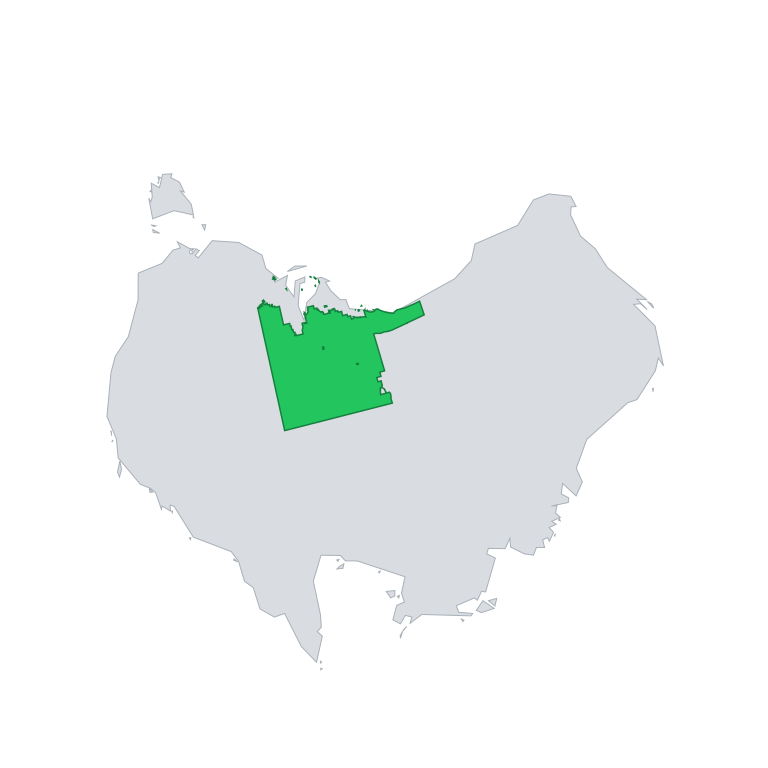 Unincorporated SA, South Australia, Australia (highlighted), rotated 165°
{"feature_id": "25037944B19571193858150", "entity_name": "Unincorporated SA", "entity_type": "district", "adm_level": 2, "iso_a3": "AUS", "parent_name": "Australia", "parent_adm1": "South Australia", "projection": "orthographic", "projection_center": [135.729, -30.866], "detail": "fine", "context": "in_parent", "style": "filled", "palette": "green", "viewbox_px": 768, "rotation_deg": 165, "n_neighbors": 0, "source": "geoboundaries", "source_scale": "gbopen_adm2", "svg_char_len": 9487}
<svg xmlns="http://www.w3.org/2000/svg" viewBox="0 0 768 768"><g transform="rotate(165 384 384)"><path d="M531.8,151.8L539.4,188.1L550.2,187.2L562.0,198.9L563.0,221.2L569.8,229.5L570.4,250.4L574.9,261.6L607.8,285.4L618.4,320.2L622.0,322.4L623.2,316.6L630.0,323.6L631.4,320.7L632.7,338.0L636.5,343.6L645.3,350.2L659.9,381.5L656.7,400.4L660.0,424.4L644.7,465.8L636.3,480.4L618.7,495.9L599.8,528.9L592.7,554.7L566.9,558.0L553.2,567.9L545.4,568.2L546.8,574.8L535.8,564.3L537.8,562.3L537.3,559.9L535.1,559.6L530.6,563.3L527.9,560.6L533.2,557.1L530.7,553.9L512.9,566.9L487.7,558.3L468.4,540.0L468.3,526.4L459.1,513.7L463.2,514.3L463.2,510.6L449.1,513.9L453.5,504.9L448.4,491.4L443.0,506.5L432.6,507.9L434.3,502.8L439.2,502.8L446.6,482.1L444.9,466.3L437.5,482.7L426.9,488.9L419.9,498.7L420.9,503.7L416.7,503.1L410.0,497.6L414.2,497.5L411.2,487.8L404.5,476.8L399.0,475.4L398.0,465.8L356.5,450.4L288.3,467.4L267.7,480.7L259.9,495.7L213.9,502.6L192.1,523.1L175.5,524.9L155.0,517.0L152.5,505.7L157.4,506.7L160.0,499.1L155.9,476.0L144.9,460.0L138.1,438.6L108.6,397.5L117.9,400.6L110.5,387.8L115.5,395.2L122.3,396.3L107.2,370.0L109.4,329.2L112.3,338.1L118.5,326.5L143.7,303.5L153.5,302.8L202.5,278.0L220.1,252.7L217.8,238.1L227.4,226.2L237.2,241.7L241.2,232.0L235.1,226.2L236.6,221.9L253.9,222.8L248.4,221.8L251.7,215.0L248.2,209.6L257.5,207.9L253.9,204.0L261.6,202.6L258.6,196.8L265.0,189.3L265.7,193.3L271.1,192.3L271.2,184.5L279.1,186.6L283.9,180.0L292.4,183.6L303.9,193.7L302.3,202.5L309.6,193.6L325.7,198.2L328.8,193.3L321.5,187.1L339.7,156.8L343.4,158.6L349.8,151.0L352.1,154.0L371.6,151.1L370.9,144.1L357.7,139.4L359.9,137.5L407.1,151.6L420.8,146.1L417.4,151.8L423.2,154.9L430.2,148.1L436.5,153.9L429.0,166.9L420.8,168.1L421.2,177.5L413.6,192.4L455.6,220.0L467.0,223.1L470.5,229.7L489.2,234.9L503.3,211.9L505.1,177.7L507.6,165.1L512.5,162.3L508.9,156.3L521.2,132.7L531.8,151.8ZM524.3,596.6L542.1,605.8L564.7,603.4L563.1,624.3L562.2,620.4L559.4,624.6L556.9,638.2L550.0,631.8L543.6,643.8L534.4,641.9L536.7,638.6L529.3,631.9L527.3,621.0L530.7,623.2L523.7,607.7L524.3,596.6ZM335.7,138.7L349.2,138.0L353.4,141.5L344.5,149.1L335.7,138.7ZM428.1,518.0L448.2,517.7L439.6,521.0L428.1,518.0ZM432.8,175.6L435.5,183.0L427.0,181.7L428.4,176.5L432.8,175.6ZM659.1,378.0L659.7,369.3L663.6,362.6L664.2,368.0L659.1,378.0ZM561.6,587.7L567.6,590.1L567.4,593.0L561.6,587.7ZM334.3,140.9L339.2,147.7L330.6,147.7L334.3,140.9ZM518.6,585.0L515.0,584.0L517.4,579.1L518.6,585.0ZM477.4,217.5L473.4,219.6L469.3,220.7L471.4,216.6L477.4,217.5ZM108.2,395.5L104.7,392.0L103.8,388.1L104.2,387.9L108.2,395.5ZM565.6,595.7L567.8,598.0L563.4,595.8L565.6,595.7ZM635.3,339.5L638.1,339.9L637.7,343.7L635.3,339.5ZM571.4,250.1L574.8,252.7L574.1,254.0L571.4,250.1ZM548.8,639.2L548.6,642.6L546.5,641.3L548.8,639.2ZM660.4,404.4L660.0,409.2L659.7,409.0L660.4,404.4ZM370.1,137.0L367.9,135.1L369.3,134.1L370.1,137.0ZM433.4,136.8L430.0,140.4L434.0,134.1L433.4,136.8ZM661.7,398.8L660.1,400.1L661.2,398.6L661.7,398.8ZM438.0,203.7L436.1,204.4L437.1,202.6L438.0,203.7ZM426.1,175.4L423.8,175.8L425.2,173.5L426.1,175.4ZM126.1,306.9L125.9,310.1L124.9,310.0L126.1,306.9ZM517.3,130.7L517.2,133.2L516.3,131.4L517.3,130.7ZM535.0,560.8L535.3,562.5L534.7,561.9L535.0,560.8ZM429.2,141.4L424.7,143.9L429.3,140.8L429.2,141.4ZM258.8,193.2L257.2,195.1L258.2,192.9L258.8,193.2ZM550.5,636.9L549.2,637.5L550.0,636.3L550.5,636.9ZM475.3,226.3L472.9,226.2L474.2,224.7L475.3,226.3ZM250.6,207.3L249.4,208.4L249.2,206.1L250.6,207.3ZM560.2,630.8L558.5,631.5L559.2,629.7L560.2,630.8ZM519.0,124.2L518.7,125.8L517.4,125.0L519.0,124.2ZM533.8,562.9L535.3,564.6L532.6,563.9L533.8,562.9ZM611.9,285.7L610.4,285.6L611.2,283.7L611.9,285.7ZM622.0,316.1L621.1,316.0L621.9,314.5L622.0,316.1ZM525.3,594.1L524.8,595.3L524.5,593.7L525.3,594.1Z" fill="#d9dde1" stroke="#a8b0b8" stroke-width="1"/><path d="M486.3,490.3L492.0,364.7L380.9,363.4L381.0,368.9L380.7,369.1L380.3,371.0L380.2,373.3L381.0,374.7L384.7,374.6L384.2,376.0L384.4,376.6L384.8,377.6L384.8,378.9L385.9,380.1L386.6,381.3L386.6,383.2L386.0,383.3L386.0,387.8L389.2,387.7L389.3,392.1L384.9,392.2L385.0,396.5L380.0,396.6L381.0,435.0L380.2,435.0L378.9,435.1L378.4,434.9L377.2,434.7L376.3,434.3L373.9,433.9L372.2,434.0L370.8,434.3L369.8,434.3L368.7,433.9L368.4,434.0L367.3,433.8L367.0,434.0L365.3,433.7L364.7,433.9L362.4,434.0L346.2,436.9L345.9,436.8L345.9,437.0L327.3,440.4L328.2,454.8L328.9,454.6L335.1,453.4L339.3,452.9L340.3,452.6L343.0,452.4L343.4,452.2L345.0,452.1L347.9,452.3L348.9,452.1L351.2,452.3L352.1,452.3L355.0,451.1L355.4,450.8L355.7,450.3L356.3,449.9L356.6,449.9L357.9,450.3L360.6,451.4L364.9,453.6L369.1,456.5L369.7,457.0L370.2,457.8L370.4,457.9L370.6,458.1L371.8,458.3L372.0,458.1L372.7,458.2L372.8,457.9L373.3,457.8L373.4,457.7L373.7,457.7L374.5,458.1L374.3,457.8L374.1,457.8L374.0,457.6L374.2,457.1L374.6,456.8L375.8,456.6L376.9,456.8L377.0,456.9L377.3,456.8L378.0,456.9L379.2,457.2L380.2,458.1L381.0,458.5L381.3,458.8L381.3,459.1L381.6,458.8L382.7,459.4L383.4,460.2L383.3,460.7L383.5,460.5L383.5,460.3L383.6,460.1L384.4,460.3L384.2,453.5L384.6,453.8L385.2,454.0L387.5,454.4L389.6,454.3L389.6,454.9L390.4,454.8L390.4,455.0L392.8,454.9L392.8,455.4L393.3,455.3L395.8,456.9L396.0,456.6L396.4,456.8L396.4,455.1L398.6,455.1L398.7,458.5L401.6,458.5L401.7,460.8L406.1,460.7L406.2,460.8L406.2,465.1L409.3,465.1L409.5,466.0L410.0,466.0L410.0,466.8L412.2,466.8L412.2,469.1L412.9,469.1L412.9,469.8L413.3,469.7L413.6,469.8L414.5,469.7L414.5,469.1L417.6,469.0L417.6,469.3L417.9,469.3L418.5,469.5L418.6,468.0L417.3,468.0L417.6,466.5L419.0,466.5L419.3,466.8L420.6,466.9L421.6,466.6L423.8,466.7L424.1,466.9L424.1,468.7L424.7,468.7L424.7,469.8L425.5,470.0L426.2,469.8L426.2,470.0L426.5,470.0L426.9,470.4L427.1,470.5L427.3,470.9L427.4,471.3L427.7,471.3L428.1,472.0L428.1,473.1L429.1,473.1L428.9,472.8L429.2,472.7L429.2,474.7L432.0,474.7L432.0,477.9L438.1,478.0L438.1,475.3L438.6,475.3L438.6,473.0L441.2,471.0L442.6,471.0L442.4,467.8L442.8,467.8L442.8,462.8L444.7,462.8L444.8,462.9L444.6,463.2L444.5,463.8L447.4,463.8L447.5,462.5L447.4,462.5L447.5,462.1L447.4,462.0L447.5,461.7L447.4,461.6L447.4,461.0L447.6,459.7L449.1,457.0L449.2,453.3L456.0,453.4L456.0,453.8L456.3,453.6L456.6,454.0L457.6,453.8L457.6,454.5L456.9,454.8L456.5,455.5L456.4,455.8L456.7,456.4L456.7,457.0L458.0,457.2L457.9,460.1L458.9,460.1L458.8,464.1L459.6,464.1L459.5,466.9L465.7,467.1L465.0,486.1L469.5,486.2L469.4,487.3L471.5,487.4L471.4,489.7L472.0,489.8L472.2,489.5L472.2,488.5L473.1,488.6L473.1,488.4L473.3,488.6L473.9,488.7L474.0,488.8L474.0,490.4L476.0,490.4L476.0,492.3L476.5,492.2L477.0,492.5L477.3,492.1L477.4,491.7L477.8,491.7L478.0,491.5L478.4,491.7L479.3,491.8L479.3,492.6L479.5,492.7L479.9,493.4L479.5,493.6L480.0,493.7L480.1,493.2L480.0,492.9L481.5,493.0L481.7,492.2L481.7,491.1L481.5,490.8L482.3,490.8L482.5,491.0L482.6,491.5L483.0,492.1L483.0,492.4L483.3,492.3L483.3,492.0L483.2,492.0L483.3,491.8L483.2,491.7L483.4,491.7L483.5,491.6L483.0,491.6L483.1,491.4L482.9,490.9L483.2,490.8L483.7,491.0L483.8,490.6L484.0,490.7L483.9,490.5L484.2,490.5L484.1,490.3L484.4,490.1L484.5,490.3L484.5,490.1L484.8,490.1L484.7,489.8L484.9,489.9L485.1,489.8L485.1,489.6L484.9,489.7L485.3,489.5L485.2,489.4L485.7,489.4L485.7,489.6L485.9,489.7L485.8,489.9L486.0,490.0L485.9,490.1L486.1,490.1L486.0,490.4L486.3,490.3ZM386.6,381.2L385.9,380.1L384.9,378.9L384.8,378.6L385.0,378.5L384.8,378.5L384.8,377.6L384.3,376.0L384.7,374.6L390.0,374.5L389.1,379.3L388.6,379.7L388.6,380.0L388.7,381.1L386.6,381.2ZM433.9,433.6L433.8,435.5L432.8,435.5L432.8,433.6L433.0,433.6L433.0,433.4L433.6,433.2L433.6,433.6L433.9,433.6ZM404.2,409.6L405.2,410.1L405.2,410.8L403.8,410.8L403.6,409.8L404.2,409.6ZM461.7,512.8L461.9,513.0L462.4,513.0L462.6,513.4L462.8,513.3L462.5,513.7L462.5,513.9L462.6,514.0L462.1,514.3L462.2,514.5L462.8,514.5L462.1,514.9L462.2,515.0L462.3,515.2L462.2,515.4L462.4,515.6L462.7,515.7L462.6,515.8L462.6,516.0L462.8,516.2L462.8,515.7L463.3,515.4L463.7,515.5L463.9,514.4L464.3,514.2L463.8,513.7L462.4,512.8L462.0,512.7L461.7,512.8ZM419.1,473.6L419.1,474.4L419.8,474.7L421.4,474.8L421.4,473.6L419.1,473.6ZM478.0,494.9L478.6,495.9L478.7,495.6L479.1,495.6L479.3,495.7L479.2,495.8L479.3,495.9L479.7,495.9L479.7,495.7L479.6,495.3L480.0,495.2L479.9,494.9L479.7,495.0L479.6,494.4L479.2,494.3L478.8,494.6L478.9,494.9L478.0,494.9ZM442.3,473.5L442.2,473.2L442.4,473.2L442.4,472.9L442.3,473.0L442.3,472.9L442.5,472.5L443.0,472.2L443.3,472.2L443.3,471.9L442.9,471.6L442.6,471.9L442.1,472.1L442.2,472.7L442.0,472.9L442.1,473.2L442.0,473.3L442.3,473.5ZM422.7,503.5L423.3,504.2L423.3,504.4L423.2,504.5L423.3,504.8L423.4,505.0L423.7,504.9L423.9,505.0L423.9,504.9L423.7,504.7L423.7,504.1L423.2,503.8L422.7,503.0L422.3,503.2L422.3,503.3L422.4,503.5L422.7,503.5ZM388.8,461.7L388.9,462.1L389.2,462.3L389.3,462.1L389.6,462.1L389.7,461.7L389.9,461.5L389.7,461.3L390.1,461.0L390.5,460.9L389.9,461.0L389.3,461.5L389.2,461.5L389.2,461.4L389.5,461.2L389.1,461.5L388.9,461.4L388.9,461.6L388.8,461.7ZM438.9,495.8L438.6,496.2L438.6,496.3L438.6,496.8L438.8,496.9L439.1,496.3L439.1,495.9L438.9,495.8ZM427.1,506.3L426.9,506.4L427.0,506.6L427.6,506.8L427.6,506.6L427.1,506.2L427.1,506.3ZM420.3,499.4L420.4,499.9L420.5,499.6L420.5,499.1L420.3,499.1L420.2,498.9L420.1,499.3L420.3,499.4ZM453.7,500.7L453.7,501.5L454.1,501.4L453.7,500.7ZM385.5,465.6L385.8,465.2L385.6,465.2L385.3,465.2L385.5,465.6ZM392.1,462.9L392.5,463.1L393.0,463.3L392.3,462.9L392.1,462.9ZM424.9,496.8L425.0,496.4L424.9,496.3L424.8,496.9L424.8,497.0L425.0,496.9L424.9,496.8Z" fill="#22c55e" stroke="#15803d" stroke-width="1.5"/></g></svg>